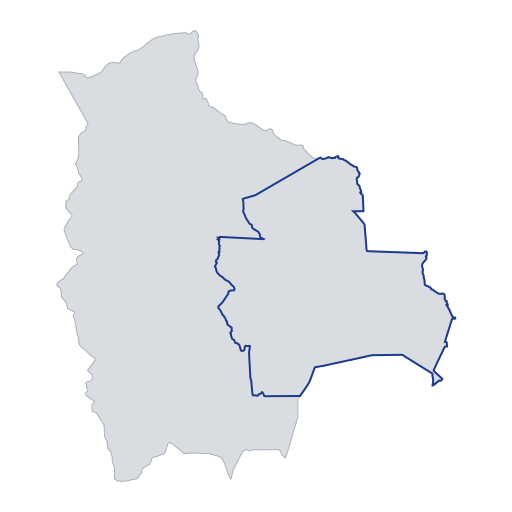 Santa Cruz highlighted on a map of Bolivia
{"feature_id": "BOL-1940", "entity_name": "Santa Cruz", "entity_type": "Department", "adm_level": 1, "iso_a3": "BOL", "parent_name": "Bolivia", "parent_adm1": "", "projection": "mercator", "projection_center": [-61.708, -16.97], "detail": "fine", "context": "in_parent", "style": "outline", "palette": "blue", "viewbox_px": 512, "rotation_deg": 0, "n_neighbors": 0, "source": "natural_earth", "source_scale": "10m", "svg_char_len": 9557}
<svg xmlns="http://www.w3.org/2000/svg" viewBox="0 0 512 512"><path d="M61.6,297.3L60.8,289.4L59.4,287.5L57.4,286.2L56.7,284.6L57.4,282.9L61.4,279.7L63.5,279.1L64.1,277.4L71.3,268.2L73.5,266.3L76.1,264.9L77.2,263.8L76.6,260.4L76.8,258.2L77.6,256.7L82.5,254.0L83.0,253.5L82.8,252.6L80.7,250.9L76.3,249.4L73.5,249.5L70.7,247.0L65.0,233.0L64.1,229.7L64.2,228.5L68.0,221.5L72.2,216.0L71.7,214.7L67.0,209.3L65.6,206.7L66.1,201.1L68.8,199.4L70.2,194.3L71.3,193.5L73.9,190.1L77.4,186.9L77.7,183.1L78.8,182.1L81.8,180.9L82.1,179.9L81.4,177.4L79.9,174.7L78.7,173.4L77.1,166.8L75.4,163.5L77.3,160.5L78.4,157.2L78.8,153.4L78.5,136.5L82.2,132.3L84.0,131.5L85.7,130.0L85.6,127.4L88.1,123.8L58.9,72.0L70.4,72.1L82.8,74.0L84.9,75.1L85.4,76.9L86.8,77.7L90.2,77.3L100.4,72.8L101.8,71.4L105.4,66.5L108.2,63.7L110.8,62.8L116.0,62.4L117.6,63.2L119.7,63.1L121.5,60.3L124.2,57.2L129.6,53.3L132.4,52.2L134.1,50.9L137.1,50.7L139.6,49.3L152.1,39.5L157.2,37.0L163.0,36.0L167.4,34.6L178.5,33.2L185.6,32.6L187.9,34.0L190.5,33.6L192.6,31.4L194.4,30.7L195.8,30.8L197.7,33.4L198.6,36.1L198.0,38.2L198.1,41.2L199.0,45.2L198.5,48.7L194.4,55.3L194.1,57.2L194.3,59.8L195.6,64.1L197.8,70.0L198.1,74.4L196.6,77.3L195.9,79.8L196.0,81.8L196.5,83.3L197.5,84.1L198.1,85.8L198.2,88.3L199.5,90.7L202.0,93.0L203.0,95.2L202.5,97.3L202.7,98.6L203.4,99.2L205.0,98.2L205.8,98.4L207.5,101.3L208.7,104.3L209.0,106.2L214.3,108.0L221.4,113.8L224.7,115.4L227.7,121.7L233.1,123.2L243.5,124.7L248.4,122.7L251.7,123.0L255.0,124.4L262.8,129.8L266.0,130.7L268.3,129.3L270.4,128.8L272.0,129.4L273.7,134.0L279.6,139.0L281.9,140.4L284.4,140.3L295.4,145.0L298.3,145.4L301.1,145.0L303.0,145.9L303.8,148.7L308.7,154.2L311.0,156.3L313.8,158.2L320.8,158.2L322.9,158.7L337.1,157.0L342.4,159.4L355.8,167.1L358.5,172.1L359.1,174.8L358.3,177.6L357.2,178.6L356.8,180.4L357.3,183.1L359.4,185.4L361.3,193.4L362.6,195.1L363.4,211.0L353.3,211.3L355.0,212.8L364.4,224.2L366.6,251.1L420.2,253.1L421.5,253.1L425.5,251.6L426.5,251.6L426.3,258.7L422.4,264.1L422.2,265.8L422.8,273.0L424.1,278.8L424.8,284.1L426.4,285.7L431.1,288.5L438.1,293.6L440.9,294.3L443.3,293.6L444.7,295.7L445.0,299.1L451.3,314.6L452.5,316.7L454.3,317.8L454.0,318.6L452.4,318.9L451.7,320.0L444.9,341.9L446.6,342.0L447.1,346.4L444.9,346.7L444.3,347.7L433.5,370.7L442.4,378.9L441.5,380.3L437.1,381.5L434.7,384.9L432.6,385.3L433.2,379.6L432.6,374.6L431.9,373.3L402.1,354.8L372.1,355.2L322.9,365.9L314.9,367.3L309.6,381.5L297.9,399.2L297.9,416.9L285.6,458.0L282.5,455.4L280.2,451.5L279.6,449.7L279.3,449.6L252.1,449.9L250.7,450.7L248.8,450.7L247.4,449.9L246.0,450.0L244.0,450.7L242.2,452.3L232.7,471.0L231.4,477.9L230.8,479.0L229.2,476.6L224.3,462.8L221.6,457.8L218.6,456.3L209.0,453.6L191.8,453.0L186.3,453.6L183.5,453.2L180.6,450.4L174.1,445.5L172.8,443.9L170.3,442.9L168.8,442.7L167.9,443.7L165.5,451.6L164.1,453.7L155.1,457.0L152.7,457.3L151.5,459.2L150.9,461.8L149.8,464.2L143.6,467.7L142.2,469.2L141.5,472.7L136.9,478.8L124.3,481.3L120.1,481.2L117.3,480.8L114.5,478.8L114.2,475.5L114.7,472.0L114.4,467.2L112.2,461.5L112.4,459.7L112.1,456.9L110.9,451.7L108.1,449.1L106.9,441.0L104.5,436.3L104.1,425.1L96.3,412.7L93.1,411.9L92.3,411.1L92.0,409.3L92.1,404.7L94.7,401.5L86.2,395.6L85.7,394.1L85.7,392.8L88.0,390.4L86.5,387.4L86.7,384.8L85.7,383.6L85.8,382.8L86.8,382.0L90.9,381.2L92.2,378.5L92.3,376.2L91.6,374.6L87.8,370.6L87.7,369.9L95.4,359.9L95.2,359.1L94.5,358.1L90.3,355.2L85.7,350.5L82.5,348.1L80.1,345.8L78.9,343.8L78.5,338.4L77.0,333.0L74.8,320.1L73.1,315.3L74.9,312.8L74.8,312.1L67.6,308.4L66.1,302.5L61.6,297.3Z" fill="#d9dde1" stroke="#a8b0b8" stroke-width="1"/><path d="M442.4,378.9L441.7,379.9L441.2,380.4L440.5,380.8L439.7,380.6L439.1,380.5L438.9,380.7L438.8,381.0L438.6,381.3L438.3,381.5L437.9,381.5L437.1,381.9L436.0,383.4L435.0,383.8L434.4,384.6L434.0,384.8L432.6,385.4L432.6,384.4L433.1,382.6L433.1,381.9L433.1,380.4L433.2,379.6L433.0,378.5L432.5,376.5L432.4,375.4L432.5,374.3L432.4,373.8L432.1,373.4L404.7,356.4L402.8,355.0L402.1,354.8L372.1,355.2L322.9,365.9L315.5,367.1L315.0,367.3L314.7,367.7L310.4,379.6L308.7,383.2L306.6,386.6L300.0,396.0L264.8,396.2L264.5,396.1L264.3,396.0L264.0,395.5L263.0,393.1L262.5,392.4L262.1,392.1L261.8,392.2L261.6,392.5L261.0,393.3L260.6,393.7L260.1,393.9L259.2,394.1L258.9,394.3L258.7,394.5L258.1,395.4L257.9,395.6L257.7,395.7L257.1,395.7L255.6,395.4L253.6,395.4L252.9,395.3L252.4,393.8L251.1,379.7L250.6,378.7L250.4,378.3L249.1,354.3L249.1,352.2L249.9,346.4L249.6,345.9L247.6,346.1L246.9,346.1L246.0,345.8L245.6,345.8L245.2,346.1L244.8,346.8L244.5,349.4L244.4,349.8L244.2,350.2L243.8,350.5L243.4,350.7L242.9,350.9L242.3,350.9L241.7,350.9L241.2,350.7L240.9,350.4L240.8,350.1L240.7,349.7L239.3,344.9L239.1,344.6L238.5,344.4L238.1,344.1L237.8,343.7L237.5,343.3L237.0,343.2L236.1,343.1L235.6,343.0L235.2,342.8L234.9,342.4L234.7,341.0L234.2,340.2L233.6,339.8L232.9,339.4L232.2,338.9L232.0,338.5L231.8,337.5L231.6,337.1L231.1,336.2L231.0,335.7L231.1,334.2L231.0,333.8L230.7,333.4L230.3,333.0L230.9,332.0L231.7,331.0L231.9,330.8L231.9,330.5L231.7,330.0L231.6,329.7L231.6,329.4L231.7,328.0L231.6,327.6L231.2,327.2L230.5,326.9L230.1,326.6L229.6,326.1L229.1,325.7L228.8,325.5L228.1,325.2L227.9,325.1L227.7,324.9L227.5,324.5L227.4,324.2L227.4,323.4L227.3,323.2L226.9,322.8L226.9,322.7L227.0,322.0L227.0,321.6L226.9,321.4L226.3,320.9L225.8,320.0L225.5,318.7L225.0,317.8L224.3,316.9L223.8,316.0L223.6,315.6L223.4,315.4L222.9,315.1L222.6,314.9L222.2,314.3L221.6,312.6L220.5,310.6L220.0,309.9L218.6,308.3L218.4,308.0L218.2,307.3L218.4,306.4L218.9,305.8L219.6,305.2L222.3,302.5L223.0,301.6L228.2,293.9L228.4,293.2L228.3,292.4L228.4,292.1L228.5,291.7L230.0,290.6L230.4,290.5L230.7,290.5L231.3,290.5L231.6,290.5L232.3,290.3L232.6,290.3L233.0,290.4L234.1,290.3L234.4,289.7L234.5,289.0L234.4,288.4L234.1,287.9L233.8,287.0L233.7,286.7L232.0,285.3L229.2,282.0L228.1,281.2L227.8,281.0L226.9,280.7L225.0,279.6L224.5,279.2L222.4,277.0L222.1,276.8L221.8,276.6L221.1,276.4L220.3,275.9L217.2,272.6L216.7,271.8L216.0,269.0L215.9,268.4L215.9,268.1L215.7,267.8L215.2,267.2L215.0,266.8L215.0,266.4L215.4,265.8L215.6,265.0L216.8,263.0L216.9,262.8L216.8,262.5L216.2,262.2L215.9,261.4L215.9,260.9L216.2,260.4L216.4,259.9L216.8,259.5L217.5,259.0L217.8,258.7L218.0,257.6L219.1,255.2L219.1,254.7L219.1,254.4L218.7,253.9L218.7,253.7L218.8,253.3L219.3,252.4L218.6,252.3L218.6,251.9L219.3,251.0L219.4,250.3L219.3,249.7L219.3,249.1L219.6,248.4L219.3,247.7L219.4,247.1L219.7,246.5L219.8,246.0L219.7,245.4L219.0,244.6L218.9,243.9L218.9,242.7L219.1,242.3L219.2,242.1L219.1,241.6L218.9,240.9L218.6,240.3L218.1,239.7L217.6,239.3L218.0,239.0L218.4,238.9L218.9,239.1L219.3,239.3L219.4,238.7L219.2,238.4L218.4,237.7L219.3,237.7L219.7,237.6L219.9,236.9L263.0,239.1L263.7,239.1L263.8,239.0L263.1,238.7L262.0,238.4L261.6,238.2L261.3,238.0L260.4,237.1L260.1,236.6L259.9,235.9L259.9,235.4L259.8,234.6L259.8,234.3L259.6,233.9L258.9,233.0L258.5,232.2L258.1,231.8L257.9,231.5L256.6,230.8L256.2,230.6L255.2,229.8L254.9,229.6L254.5,229.6L254.1,229.5L253.8,229.3L252.3,227.7L252.0,227.2L251.9,225.6L251.7,225.1L251.3,224.6L250.8,224.3L250.0,224.0L249.7,223.8L249.4,223.4L245.9,218.1L244.7,214.7L243.7,213.0L243.5,212.5L243.1,210.9L243.3,210.1L243.5,209.6L243.6,208.9L243.6,208.0L243.4,206.2L243.4,202.3L242.7,199.1L244.2,198.4L255.5,195.1L302.7,167.7L320.2,157.6L320.4,157.6L321.3,158.4L321.6,158.6L323.2,159.0L324.6,158.8L326.0,158.3L328.3,157.1L328.8,157.2L329.3,157.4L330.4,157.6L331.1,158.0L331.5,158.2L331.8,158.2L332.6,157.9L334.8,158.0L335.1,157.8L335.3,157.1L335.7,156.8L337.1,156.6L337.3,156.5L337.7,156.2L338.1,156.1L338.3,156.5L338.3,157.8L338.9,158.5L340.4,158.8L341.9,158.9L343.0,159.1L343.6,159.7L343.9,159.9L346.1,160.8L351.0,164.7L352.1,165.3L352.9,165.5L353.1,165.6L353.4,166.1L353.5,166.3L353.8,166.4L356.3,167.0L356.9,167.4L357.1,168.0L357.2,168.9L357.4,169.8L357.7,170.7L358.0,171.4L358.3,171.7L359.0,172.3L359.0,172.5L358.9,172.9L359.1,173.1L359.6,173.3L359.7,173.6L359.7,173.8L359.4,174.5L359.0,176.0L358.6,176.8L358.0,177.3L357.3,177.5L357.0,177.7L356.9,178.1L356.7,178.9L356.7,179.7L356.8,180.1L357.2,180.9L357.2,181.7L357.1,182.7L357.2,183.6L357.5,184.2L359.3,185.7L359.5,186.2L360.0,188.4L361.1,190.8L361.3,192.2L360.3,192.5L360.8,193.6L362.4,194.7L362.8,195.5L363.5,210.8L363.4,211.2L353.3,211.3L355.0,212.9L363.8,223.4L364.3,224.2L364.6,225.0L366.0,242.0L366.5,249.5L367.1,251.0L368.1,251.2L422.6,253.2L423.3,253.1L424.0,252.8L424.2,252.5L424.7,251.6L424.9,251.5L426.4,251.5L426.7,251.8L426.9,255.1L426.7,255.6L425.9,256.2L425.9,256.8L426.6,258.1L426.1,259.3L422.9,263.0L422.3,264.1L422.1,265.3L422.2,266.7L422.9,269.3L423.0,270.6L422.9,270.9L422.6,271.5L422.5,271.8L422.5,272.2L422.9,273.9L423.4,275.0L423.6,275.6L423.8,278.0L424.0,278.5L424.3,279.1L424.5,279.8L424.6,282.9L424.7,284.2L425.3,285.2L426.6,285.9L427.6,286.0L427.9,286.1L428.2,286.3L428.8,286.8L429.1,287.0L429.9,287.2L430.2,287.4L430.6,287.9L431.1,289.0L431.6,289.4L432.8,289.6L433.2,289.9L434.1,290.9L434.5,291.2L435.6,291.7L436.0,291.9L437.5,293.1L438.4,293.5L439.6,293.8L440.9,293.9L441.8,293.6L442.6,293.5L443.1,293.6L443.9,293.9L444.3,294.3L444.6,295.1L444.7,296.0L444.7,296.8L444.7,297.3L444.7,298.7L444.8,299.3L445.1,299.9L445.4,300.4L445.8,300.8L446.3,301.1L446.8,301.3L446.5,302.4L446.7,302.8L447.2,303.5L447.7,304.4L447.7,305.0L446.6,305.1L449.7,310.4L451.4,314.6L452.5,316.7L453.8,317.5L454.5,317.5L455.0,317.5L455.3,317.9L455.2,318.6L453.0,318.7L452.4,318.8L452.0,319.2L444.9,341.8L446.2,341.9L446.6,342.2L446.7,342.9L446.9,344.9L447.1,346.4L445.3,346.6L444.7,346.9L437.4,362.2L433.7,370.2L434.0,371.2L442.4,378.9Z" fill="none" stroke="#1e3a8a" stroke-width="2"/></svg>